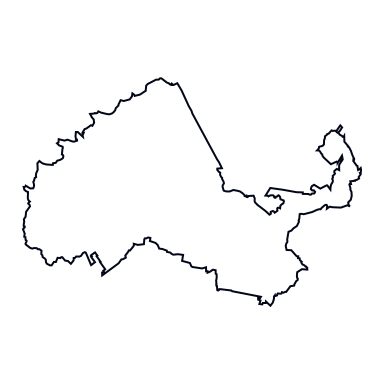 Tancoco, Veracruz, Mexico (Albers equal-area conic projection)
{"feature_id": "50627088B65767533460157", "entity_name": "Tancoco", "entity_type": "district", "adm_level": 2, "iso_a3": "MEX", "parent_name": "Mexico", "parent_adm1": "Veracruz", "projection": "albers", "projection_center": [-97.748, 21.267], "detail": "fine", "context": "isolated", "style": "outline", "palette": "ink", "viewbox_px": 384, "rotation_deg": 0, "n_neighbors": 0, "source": "geoboundaries", "source_scale": "gbopen_adm2", "svg_char_len": 5958}
<svg xmlns="http://www.w3.org/2000/svg" viewBox="0 0 384 384"><path d="M156.0,79.7L147.7,84.0L146.2,85.6L145.7,90.8L139.9,94.6L134.7,95.9L134.3,94.8L132.4,93.4L132.0,96.3L129.7,99.4L123.8,101.0L120.6,100.2L118.5,104.5L118.4,105.6L115.8,108.1L115.2,110.2L113.7,112.1L111.9,113.5L109.4,114.3L107.3,114.1L101.3,112.7L98.3,111.4L97.3,113.0L95.9,113.4L94.9,113.0L93.9,113.6L90.1,113.9L91.9,117.4L93.7,119.5L94.1,122.8L92.4,125.8L91.0,125.2L86.4,128.5L84.6,129.1L82.5,132.7L83.7,132.8L82.6,135.3L82.9,136.8L77.7,132.0L75.9,132.0L75.5,136.3L76.0,139.3L76.9,139.5L77.1,140.6L74.3,141.6L72.5,141.5L67.5,139.7L64.5,140.6L58.7,139.2L58.5,142.4L57.0,143.3L59.1,145.4L62.6,146.7L62.8,147.9L62.4,149.4L61.9,154.5L62.8,154.9L63.4,156.1L62.9,158.1L62.2,158.7L60.1,159.9L57.2,160.7L55.7,162.9L53.1,163.2L52.8,164.9L46.5,164.5L43.8,163.8L42.2,163.2L39.4,161.0L37.4,163.3L37.7,169.9L36.2,173.2L35.9,175.2L36.1,177.2L34.7,178.0L34.0,180.8L33.3,181.8L34.1,185.0L33.9,186.6L33.2,188.3L30.3,188.5L25.7,185.7L25.5,186.4L24.5,187.1L23.7,187.0L24.3,189.6L25.9,191.1L28.0,192.0L27.8,198.5L28.5,200.4L29.9,201.6L28.6,202.7L28.2,203.6L29.6,204.9L30.0,206.3L26.1,211.8L25.6,216.7L23.9,219.2L24.2,221.7L23.7,224.7L23.8,226.4L24.7,226.5L24.7,227.4L23.0,229.1L24.7,233.6L24.2,236.7L25.4,237.1L25.6,239.9L26.6,240.7L26.5,241.6L25.5,243.6L25.7,244.4L30.2,247.9L32.3,248.6L34.2,248.0L36.8,248.2L37.9,249.2L39.4,249.2L41.5,250.7L41.3,254.0L42.4,255.4L42.7,257.1L44.8,258.5L45.8,259.7L46.0,262.2L46.7,263.6L49.8,265.3L51.7,265.3L53.9,261.9L55.9,262.0L57.6,257.8L60.4,258.1L61.2,257.2L62.3,257.2L65.1,260.6L67.9,261.0L70.9,263.8L73.6,260.4L73.7,258.0L74.9,258.0L76.2,256.5L79.4,256.6L81.0,255.9L83.0,253.0L84.8,252.2L85.8,252.6L91.1,265.1L95.0,262.2L91.1,256.8L91.8,256.4L91.0,255.3L95.0,252.4L97.4,255.6L96.6,256.2L100.5,261.7L100.0,262.0L105.2,269.3L103.3,270.8L104.0,271.9L102.1,272.5L102.2,275.4L118.6,263.3L121.4,259.4L123.0,259.2L125.8,257.6L125.3,255.6L128.3,251.6L128.8,250.4L130.0,250.5L133.3,246.5L133.9,245.2L133.8,243.8L137.8,244.9L143.9,244.2L144.3,239.3L144.8,238.4L146.2,238.4L148.1,237.5L149.5,237.7L150.4,238.0L149.9,241.0L155.5,242.9L157.7,245.0L159.2,248.6L162.4,249.0L166.8,250.6L167.0,251.9L170.4,252.6L171.4,253.7L173.3,254.7L178.0,254.2L183.1,254.9L182.1,260.9L189.9,263.0L191.4,266.4L192.5,267.0L201.1,268.3L202.3,268.4L206.0,267.3L206.1,271.3L207.5,271.2L207.5,272.7L210.2,271.6L212.8,269.7L215.6,270.2L215.7,273.7L216.6,274.2L216.7,277.7L216.1,280.9L216.5,283.5L216.2,284.0L216.4,285.7L216.9,285.8L217.3,290.2L218.1,290.5L218.8,290.1L218.5,289.4L219.9,289.1L231.4,290.5L232.1,291.2L260.9,296.8L260.0,298.2L258.1,297.9L258.2,299.7L260.5,300.5L259.4,304.0L262.3,304.4L262.8,303.0L265.8,303.0L265.9,301.5L270.4,305.7L272.8,302.6L273.9,299.0L274.0,296.5L274.9,295.3L275.0,296.1L277.1,295.4L277.3,294.2L277.8,293.5L281.0,293.7L281.9,293.0L282.0,292.2L283.4,292.7L285.3,291.8L286.2,291.9L290.4,286.2L294.2,285.6L294.4,284.3L296.3,281.0L297.6,280.1L297.8,278.8L297.0,277.5L296.9,276.1L297.2,272.2L301.9,269.2L307.3,269.6L307.2,267.6L306.6,267.4L306.1,266.5L305.5,266.5L304.5,265.4L302.4,264.4L301.3,262.6L301.7,261.7L299.9,260.2L299.6,258.3L298.0,258.1L298.2,256.3L296.6,256.2L291.3,250.2L286.6,250.0L285.7,246.0L286.3,243.6L287.4,241.8L287.2,239.4L288.5,231.8L291.4,230.6L293.5,228.3L296.9,226.0L299.0,221.6L298.6,220.4L299.3,218.8L299.7,214.1L300.9,213.8L303.8,214.2L312.3,212.0L316.8,209.9L319.2,209.2L320.7,209.3L321.6,207.9L324.8,205.2L325.7,204.9L326.6,204.9L327.2,206.2L326.9,208.7L329.6,206.7L332.2,207.2L340.9,207.6L347.6,205.2L349.9,206.5L348.6,204.9L348.2,202.4L350.8,199.7L351.7,196.0L351.5,192.0L350.3,189.6L350.4,188.0L349.4,184.6L349.7,183.9L351.0,184.0L350.3,181.3L354.9,180.8L354.8,180.4L356.9,179.8L359.1,178.5L358.7,177.0L360.7,174.3L359.9,173.0L360.8,172.7L361.0,169.2L360.7,168.0L359.3,169.4L358.1,170.0L357.4,165.9L356.7,165.7L353.3,161.0L353.4,159.4L354.1,159.6L354.2,158.8L352.6,155.7L350.8,150.6L349.3,147.7L348.0,146.6L348.3,146.3L344.4,141.7L344.2,135.8L343.6,136.8L342.6,136.8L342.0,135.9L339.6,134.6L339.0,133.5L337.6,132.7L339.8,131.0L342.1,127.4L340.3,125.4L336.1,131.4L335.2,130.7L332.7,130.9L331.6,130.4L328.6,133.7L327.3,134.0L327.2,134.5L325.0,136.3L324.8,138.6L324.1,140.1L323.9,144.5L322.5,145.9L319.1,146.8L318.8,148.5L317.1,150.4L318.7,150.4L319.9,151.3L321.5,153.9L322.2,154.4L322.5,155.8L323.8,157.6L330.9,164.2L336.7,161.6L337.6,162.3L337.6,162.9L342.0,155.6L342.7,159.4L341.2,159.7L341.1,160.4L343.0,160.5L341.4,160.5L341.4,161.1L340.7,161.6L340.9,162.2L339.4,164.3L339.1,166.0L339.2,170.1L336.8,168.9L334.5,170.8L334.2,172.0L335.0,173.7L332.7,176.0L333.0,177.6L332.2,178.8L332.8,180.3L332.8,181.8L331.3,184.2L330.6,186.5L330.4,189.6L327.3,185.4L326.5,185.4L320.3,188.6L314.1,184.8L311.9,186.1L311.0,188.2L310.9,189.2L312.3,190.5L313.8,190.3L315.1,191.9L314.3,193.4L311.9,193.6L310.8,194.7L309.6,194.6L308.4,194.0L302.8,193.9L302.8,192.4L296.5,192.2L282.5,189.7L270.3,188.0L265.5,195.6L267.7,195.7L268.5,196.4L270.1,195.4L273.1,195.3L273.9,196.0L274.1,197.1L274.7,197.7L275.5,197.8L276.1,196.6L277.3,196.4L278.4,195.3L279.3,195.8L280.1,197.1L280.5,199.3L283.6,200.4L283.9,201.2L283.4,203.3L281.6,204.4L280.4,205.7L280.1,208.3L279.2,207.8L277.6,207.8L277.2,208.6L277.4,210.8L274.7,212.7L273.7,211.4L272.8,211.0L270.7,211.9L270.8,213.8L269.5,214.7L265.5,211.0L257.5,204.9L255.0,202.3L254.6,201.1L254.7,198.4L253.6,195.7L248.5,196.0L247.6,197.1L247.1,197.0L247.2,196.2L246.7,195.6L245.8,196.4L244.7,196.1L244.6,195.2L242.6,193.3L240.1,191.5L237.6,190.8L233.3,190.0L229.9,191.4L228.1,191.5L225.6,191.3L223.7,190.6L222.6,186.9L222.7,185.3L223.9,183.5L223.6,181.7L222.1,179.0L222.1,177.8L221.1,176.9L220.1,174.8L220.2,172.6L218.7,171.7L217.2,169.7L217.3,168.6L221.9,168.2L219.1,162.4L217.0,159.2L192.3,113.4L191.5,110.8L188.9,106.4L181.6,90.5L177.3,83.2L173.5,85.0L171.8,85.0L172.2,84.0L171.6,83.5L170.8,84.4L169.8,84.3L168.7,83.2L167.1,82.7L161.3,78.3L160.1,78.3L158.7,79.6L156.0,79.7Z" fill="none" stroke="#020617" stroke-width="2"/></svg>